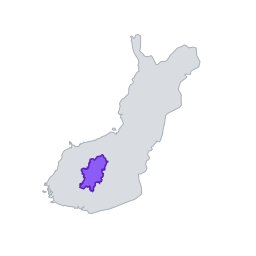 Central Finland highlighted on a map of Finland, rotated 32°
{"feature_id": "FIN-3177", "entity_name": "Central Finland", "entity_type": "Province", "adm_level": 1, "iso_a3": "FIN", "parent_name": "Finland", "parent_adm1": "", "projection": "mercator", "projection_center": [25.479, 62.526], "detail": "fine", "context": "in_parent", "style": "filled", "palette": "violet", "viewbox_px": 256, "rotation_deg": 32, "n_neighbors": 0, "source": "natural_earth", "source_scale": "10m", "svg_char_len": 7519}
<svg xmlns="http://www.w3.org/2000/svg" viewBox="0 0 256 256"><g transform="rotate(32 128 128)"><path d="M111.7,120.5L110.8,116.6L109.6,113.3L108.3,112.4L107.8,111.1L107.6,108.4L107.8,106.3L109.2,104.3L109.5,101.5L110.3,99.3L109.9,97.8L107.6,93.7L107.3,92.3L107.2,90.1L108.5,88.0L108.1,85.9L105.8,85.1L105.8,83.8L106.5,81.7L106.1,79.8L106.2,75.8L107.3,74.0L105.9,72.6L104.6,70.0L103.4,69.9L102.7,67.1L100.7,64.6L93.4,61.1L88.9,57.1L86.5,53.9L84.2,52.0L84.0,50.3L81.7,49.0L82.2,48.2L84.0,48.2L85.5,48.9L86.0,47.9L85.4,45.4L85.5,44.8L87.2,43.3L90.0,43.3L96.0,53.2L96.9,56.4L102.5,57.5L103.1,58.2L104.6,58.1L107.9,56.6L109.1,54.4L110.4,54.6L118.4,59.4L119.6,58.3L120.3,55.4L121.0,54.1L121.9,53.1L123.7,52.5L125.2,50.1L125.4,43.1L126.1,41.1L127.4,34.2L130.0,31.0L131.8,27.7L133.6,27.3L136.9,27.9L140.8,24.6L143.4,24.1L147.8,30.0L154.0,33.7L155.6,38.5L154.8,40.4L151.5,45.6L151.4,47.0L152.5,49.3L147.8,52.1L148.1,52.9L150.6,53.2L150.9,54.2L148.4,60.7L148.3,61.8L150.1,68.7L155.7,71.6L157.2,74.6L161.2,80.4L160.8,83.1L154.8,93.1L153.5,95.8L153.3,97.5L156.7,105.2L158.5,110.6L160.4,114.5L162.0,120.9L162.1,123.0L158.9,124.2L159.7,125.3L159.0,127.3L158.8,130.1L157.9,131.9L158.1,132.4L159.7,132.8L159.8,134.0L159.7,134.7L158.1,136.1L157.9,137.5L158.7,140.0L159.4,140.8L161.9,141.6L162.2,142.2L162.3,144.0L161.1,145.7L161.1,146.3L162.2,149.5L165.4,152.0L165.7,153.9L165.7,155.1L165.5,156.2L163.0,160.4L161.2,161.7L164.8,166.1L171.3,171.7L174.1,176.4L174.3,177.7L172.2,183.6L171.3,185.2L166.1,191.7L158.6,202.1L154.9,206.7L147.8,213.5L142.6,219.8L139.7,221.0L137.6,219.7L136.5,220.0L135.4,220.9L131.9,221.9L131.7,220.9L132.5,218.2L132.2,218.3L131.5,219.5L131.2,221.0L130.5,221.7L129.1,222.0L127.6,220.9L127.0,220.9L127.7,222.6L127.6,223.1L126.9,223.1L125.3,224.4L124.9,224.4L124.4,223.3L122.7,224.5L121.1,224.7L120.2,225.7L115.5,227.0L114.2,228.6L113.3,228.3L108.0,229.6L105.8,229.2L103.4,231.6L101.6,231.9L103.5,229.4L103.6,228.6L102.6,228.2L101.8,227.3L101.1,225.4L100.8,225.3L100.1,227.7L98.9,228.5L97.3,228.5L97.1,227.4L97.4,226.5L97.2,226.3L97.4,225.5L98.2,225.5L98.4,225.1L98.4,224.6L97.8,224.2L98.4,222.5L95.6,222.1L92.2,220.3L91.8,218.8L90.1,219.9L88.6,218.8L88.4,218.1L88.0,212.3L88.1,210.7L89.0,208.8L89.3,206.8L89.2,203.2L89.7,203.2L89.2,202.0L90.0,201.7L90.1,201.3L88.2,195.5L87.1,194.2L87.9,189.9L87.8,188.9L87.7,187.7L86.3,186.4L85.8,182.6L86.2,180.4L88.8,176.5L88.9,175.0L90.5,174.9L89.8,173.5L89.6,171.8L91.7,171.1L92.5,171.7L94.4,171.0L96.1,169.8L95.5,167.4L96.3,167.3L96.1,166.7L96.1,166.1L96.8,166.3L97.9,164.7L97.9,163.4L99.8,162.7L102.0,160.0L104.0,158.6L106.1,155.9L107.0,155.8L107.4,154.0L109.7,151.3L110.6,149.1L112.7,146.5L114.9,142.1L115.1,140.9L118.4,139.2L121.3,139.7L121.2,138.6L120.8,137.9L122.0,136.7L121.7,134.9L121.0,134.0L121.8,127.2L120.9,125.8L117.5,123.5L116.1,123.3L115.3,121.5L115.7,119.4L113.8,121.0L111.7,120.5ZM94.5,222.9L96.4,222.9L96.9,223.8L96.1,224.4L96.0,225.1L96.5,226.2L95.6,226.2L95.0,224.9L94.1,224.1L94.5,222.9ZM117.6,137.1L116.3,137.7L115.3,137.3L115.3,136.0L117.0,135.1L118.8,136.1L117.9,136.4L117.6,137.1ZM86.9,170.4L86.9,171.4L88.0,170.7L88.5,171.0L88.5,171.9L88.0,171.7L87.1,172.8L86.2,171.9L85.6,170.4L86.9,170.4ZM88.8,219.9L88.6,220.7L87.5,220.8L87.0,220.0L86.8,218.6L87.2,218.0L87.5,218.8L88.8,219.9ZM93.4,223.2L92.7,223.3L91.9,222.5L91.8,222.1L92.1,221.9L91.9,220.9L92.6,221.5L93.0,222.1L92.6,222.3L93.4,223.2ZM92.0,226.6L91.1,227.2L90.8,227.0L90.9,226.0L91.4,225.6L92.3,225.5L92.0,226.6ZM90.3,227.1L89.5,227.3L89.1,226.8L89.7,226.0L90.3,226.1L90.4,226.6L90.3,227.1Z" fill="#d9dde1" stroke="#a8b0b8" stroke-width="1"/><path d="M128.5,167.0L128.8,167.3L128.7,167.5L128.2,168.5L128.1,169.0L128.3,169.2L128.5,169.7L128.7,170.8L128.9,171.3L128.9,171.6L128.7,171.6L128.7,171.8L128.7,172.2L128.7,172.8L129.1,173.3L129.3,173.8L129.6,174.4L129.9,174.7L130.0,174.9L129.6,174.8L129.4,174.9L129.3,175.0L129.3,175.3L129.4,175.5L129.6,175.8L129.9,175.9L130.0,175.9L130.1,176.2L130.0,176.4L129.8,176.6L129.7,176.6L129.4,176.5L128.9,176.5L127.9,176.8L127.8,177.1L127.9,177.3L128.2,177.6L128.8,178.0L128.7,178.5L128.8,178.7L130.4,180.1L130.5,180.2L130.9,179.7L131.1,179.7L131.3,179.9L131.6,180.3L131.8,180.5L131.8,180.8L131.9,181.1L132.1,181.4L132.3,182.0L132.4,182.6L132.4,182.8L132.3,183.0L132.3,183.3L131.4,184.4L131.5,184.6L132.3,185.4L132.6,185.5L133.2,185.6L133.4,185.8L133.3,186.1L133.3,186.4L133.2,186.5L133.2,186.8L133.8,187.4L133.8,187.5L133.4,187.6L133.2,187.8L133.0,188.1L133.1,188.3L132.9,188.5L132.7,188.6L132.6,188.8L132.7,189.1L132.7,189.4L132.7,189.5L132.8,189.7L132.9,189.8L132.6,189.8L132.4,189.7L132.2,189.4L131.9,189.3L131.6,189.4L131.4,189.6L131.5,189.6L131.5,189.8L131.4,190.0L131.2,190.1L130.9,189.9L130.7,189.9L130.2,190.4L129.4,191.5L129.4,192.1L130.6,194.1L130.6,194.6L130.4,194.7L130.3,195.1L130.3,195.5L130.2,196.1L130.5,196.1L130.6,196.4L130.5,197.1L130.5,197.3L130.6,197.5L131.4,198.3L131.5,198.5L131.8,199.1L131.8,199.3L131.8,199.6L131.7,200.5L130.7,200.1L130.4,200.5L130.3,200.8L130.1,201.0L130.0,200.9L129.9,200.7L130.0,200.5L129.9,200.3L129.8,200.2L129.5,200.3L128.7,200.6L128.3,200.4L128.0,200.2L127.9,200.1L127.8,199.9L127.9,199.6L128.0,199.4L128.0,199.2L127.9,199.1L127.8,198.9L127.6,199.0L127.4,199.0L127.3,198.9L127.2,198.5L127.2,198.3L127.0,198.2L126.7,197.9L126.6,198.0L126.5,198.3L126.4,198.3L126.2,198.1L126.3,198.0L126.3,197.8L126.2,197.7L126.1,197.8L126.0,198.0L125.8,198.7L125.5,199.3L125.3,199.5L125.2,199.5L125.3,199.3L125.1,199.3L124.7,199.3L124.2,199.4L123.9,199.7L123.8,199.8L123.4,199.7L123.2,199.8L123.1,200.2L122.9,201.8L122.8,202.4L122.6,202.9L122.5,203.1L122.3,203.2L118.6,203.8L118.5,203.7L118.4,203.2L118.3,202.6L118.2,202.2L118.1,201.8L118.1,201.5L117.8,201.4L117.6,201.6L117.4,201.7L117.2,201.2L117.1,200.9L117.1,200.5L117.4,200.2L117.8,200.3L118.3,200.6L118.5,200.5L118.5,200.4L118.5,200.2L118.4,199.7L118.2,199.4L118.2,199.2L118.3,198.9L118.4,198.7L118.5,198.8L118.8,198.8L118.8,198.5L118.6,198.1L118.6,197.9L118.5,197.7L118.3,197.5L118.3,197.0L118.3,196.3L118.4,195.5L118.3,194.8L118.0,193.6L117.9,193.3L117.7,193.0L116.9,193.3L116.7,193.4L116.2,193.1L116.0,192.9L116.0,192.5L116.0,192.2L115.9,191.8L115.7,191.7L115.5,191.4L115.4,191.0L115.2,190.7L114.9,190.5L114.6,190.5L114.2,190.7L114.0,190.8L114.1,191.1L113.9,191.2L113.6,191.1L113.2,190.8L112.9,190.2L112.8,189.8L112.5,189.3L111.8,189.2L111.4,189.0L111.0,188.8L110.8,188.6L110.7,188.4L110.6,188.0L110.5,187.4L110.8,186.9L111.5,185.9L111.8,185.6L112.1,185.4L113.0,185.7L113.2,185.4L113.2,185.2L113.5,184.9L113.8,185.0L114.0,185.2L114.1,185.3L114.2,185.1L114.4,184.9L114.5,184.9L114.7,184.7L114.8,184.5L114.8,184.2L114.9,183.9L114.8,183.7L115.0,183.8L115.0,183.7L114.9,183.7L115.0,183.4L115.2,183.2L115.1,182.9L115.3,182.9L115.3,182.7L115.2,182.7L114.7,182.7L114.8,182.4L115.2,181.9L115.1,181.6L114.9,181.4L114.7,180.9L114.0,179.4L113.5,178.5L113.5,178.2L114.1,178.1L114.2,177.8L114.1,177.5L113.9,177.3L113.6,177.1L113.3,176.8L113.3,176.5L113.3,176.2L113.1,176.1L113.0,175.7L112.9,175.5L112.9,175.3L112.9,175.1L112.9,174.9L112.9,175.0L112.7,175.0L112.6,174.5L112.9,174.4L113.1,174.2L113.3,173.8L113.5,173.4L114.9,172.6L115.3,172.7L116.6,173.0L116.6,172.9L116.6,172.6L116.7,172.2L116.8,171.7L116.9,171.3L116.8,171.0L116.8,170.7L117.1,170.4L117.0,169.7L117.0,169.0L117.3,168.4L118.0,167.7L119.1,167.0L119.5,166.7L119.7,166.2L119.9,165.5L120.1,164.7L120.5,164.3L120.8,164.3L121.5,164.4L121.9,164.6L122.6,165.4L123.0,165.6L125.1,165.8L125.5,166.1L126.2,167.0L126.6,167.3L127.1,167.5L127.6,167.4L128.5,167.0Z" fill="#8b5cf6" stroke="#5b21b6" stroke-width="1.5"/></g></svg>